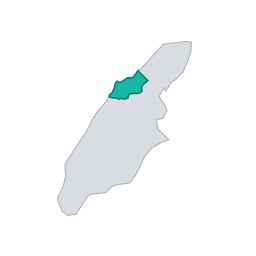 Saint Mary highlighted on a map of Jamaica, rotated 295°
{"feature_id": "JAM-1381", "entity_name": "Saint Mary", "entity_type": "Parish", "adm_level": 1, "iso_a3": "JAM", "parent_name": "Jamaica", "parent_adm1": "", "projection": "albers", "projection_center": [-76.93, 18.277], "detail": "fine", "context": "in_parent", "style": "filled", "palette": "teal", "viewbox_px": 256, "rotation_deg": 295, "n_neighbors": 0, "source": "natural_earth", "source_scale": "10m", "svg_char_len": 1631}
<svg xmlns="http://www.w3.org/2000/svg" viewBox="0 0 256 256"><g transform="rotate(295 128 128)"><path d="M129.3,93.0L141.3,96.7L153.6,98.7L159.0,98.8L164.0,100.0L175.3,108.9L184.4,113.8L219.0,124.6L230.6,143.4L232.7,149.2L223.8,152.7L212.6,154.0L201.8,154.2L191.9,150.6L187.5,147.9L177.2,146.6L179.8,144.0L175.2,142.9L169.4,143.1L165.2,150.3L160.5,156.1L151.4,155.5L147.9,150.6L143.2,152.8L139.3,156.4L134.7,169.9L127.4,163.2L119.3,157.6L109.2,155.2L88.8,154.8L79.2,152.9L71.3,141.5L68.2,138.2L60.1,135.2L52.2,122.1L49.3,120.3L27.7,117.3L23.3,110.1L24.6,103.7L31.9,95.8L35.5,93.6L47.5,94.0L58.9,91.7L64.0,88.3L69.2,86.1L110.6,92.0L120.2,92.1L129.3,93.0Z" fill="#d9dde1" stroke="#a8b0b8" stroke-width="1"/><path d="M148.1,97.6L149.9,97.3L151.1,97.6L153.1,98.6L154.3,98.8L160.1,98.5L161.2,97.9L162.8,97.7L164.1,97.8L165.3,98.0L166.0,98.9L165.7,100.0L165.7,101.4L166.8,102.4L170.3,104.6L173.4,106.4L173.9,107.4L174.8,110.2L175.4,111.1L176.3,111.6L178.1,112.1L183.2,112.5L184.3,112.8L184.0,113.1L179.4,126.0L174.0,123.4L172.3,123.1L171.8,123.2L170.5,123.2L169.9,123.4L169.5,123.5L169.4,123.8L169.3,124.0L169.0,124.3L168.8,124.5L167.5,125.1L165.2,124.1L164.1,123.1L163.0,121.5L162.8,121.1L162.6,120.2L162.4,119.3L162.1,118.5L161.6,118.1L160.9,117.5L160.5,117.1L159.9,115.6L159.6,115.3L159.3,115.0L157.4,114.8L157.1,114.8L156.8,114.9L155.3,115.4L153.4,113.4L152.8,112.6L152.7,112.3L152.5,111.7L152.4,110.8L152.1,109.9L151.7,109.2L150.4,107.8L150.2,107.4L150.2,107.1L150.4,104.8L150.2,104.4L150.0,104.0L149.5,103.5L149.3,103.1L149.1,102.4L149.0,101.9L148.2,98.1L148.1,97.6Z" fill="#14b8a6" stroke="#0f766e" stroke-width="1.5"/></g></svg>